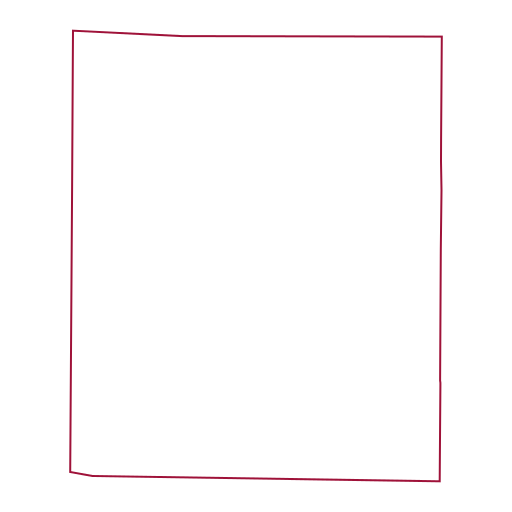 the district of Union, Indiana, United States of America
{"feature_id": "52423323B55431880167171", "entity_name": "Union", "entity_type": "district", "adm_level": 2, "iso_a3": "USA", "parent_name": "United States of America", "parent_adm1": "Indiana", "projection": "mercator", "projection_center": [-84.88, 39.626], "detail": "fine", "context": "isolated", "style": "outline", "palette": "rose", "viewbox_px": 512, "rotation_deg": 0, "n_neighbors": 0, "source": "geoboundaries", "source_scale": "gbopen_adm2", "svg_char_len": 334}
<svg xmlns="http://www.w3.org/2000/svg" viewBox="0 0 512 512"><path d="M439.7,481.3L440.1,424.6L440.4,385.1L440.4,382.9L440.3,382.0L440.1,380.6L440.8,249.1L441.5,190.5L441.0,161.5L441.1,137.0L441.8,36.6L181.7,36.1L73.0,30.7L72.8,62.3L72.1,187.8L70.2,472.0L92.4,476.0L439.7,481.3Z" fill="none" stroke="#9f1239" stroke-width="2"/></svg>